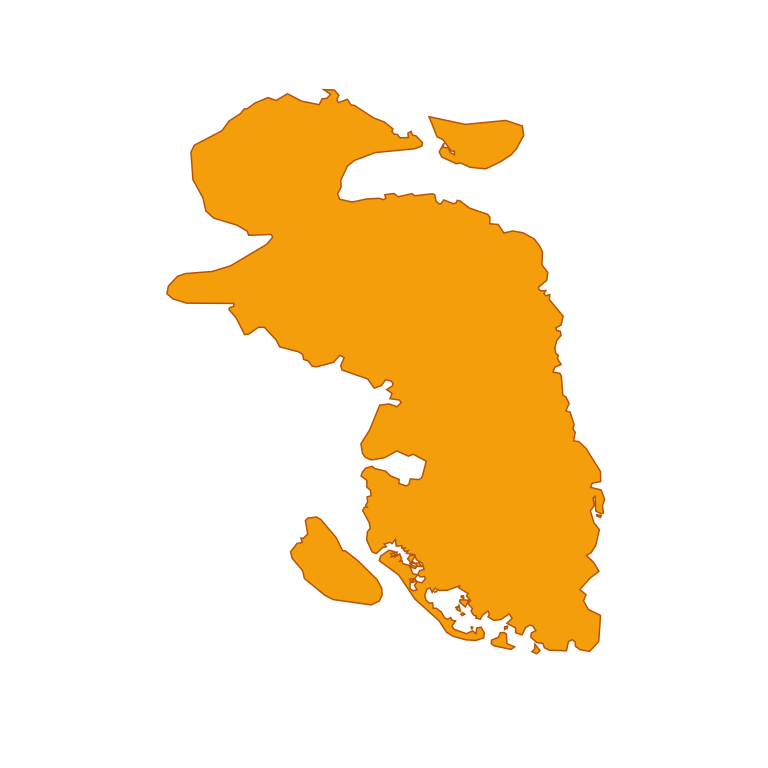 Temotu-Nende, Temotu, Solomon Islands (Natural Earth projection), rotated 78°
{"feature_id": "97153195B91208568213874", "entity_name": "Temotu-Nende", "entity_type": "district", "adm_level": 2, "iso_a3": "SLB", "parent_name": "Solomon Islands", "parent_adm1": "Temotu", "projection": "natural_earth1", "projection_center": [165.974, -10.758], "detail": "fine", "context": "isolated", "style": "filled", "palette": "amber", "viewbox_px": 768, "rotation_deg": 78, "n_neighbors": 0, "source": "geoboundaries", "source_scale": "gbopen_adm2", "svg_char_len": 6169}
<svg xmlns="http://www.w3.org/2000/svg" viewBox="0 0 768 768"><g transform="rotate(78 384 384)"><path d="M688.3,238.4L680.5,227.5L655.4,220.3L646.9,231.1L637.5,233.9L632.2,230.2L625.7,235.1L616.6,222.7L612.0,212.7L602.0,216.1L593.8,221.6L592.1,216.6L586.3,210.7L571.3,203.6L563.5,207.5L551.0,208.5L546.7,203.7L538.9,203.2L537.7,200.9L552.3,203.3L556.2,198.4L555.7,196.1L548.7,195.7L542.9,192.2L532.8,193.6L528.1,203.4L524.3,200.9L524.5,192.3L514.7,190.4L488.7,199.9L480.8,205.5L479.0,210.4L470.9,207.0L467.3,208.5L463.1,206.5L450.3,207.8L448.0,211.6L441.5,207.0L434.6,208.7L432.2,211.4L413.2,208.9L410.1,209.8L407.5,216.2L403.1,213.4L401.7,206.6L395.5,209.1L392.3,207.5L389.7,209.6L384.4,209.4L377.5,206.1L373.3,200.7L369.1,200.5L367.4,204.2L364.8,204.1L363.1,198.5L354.9,194.7L335.8,204.7L331.0,203.3L331.4,207.3L328.9,208.8L326.2,206.3L325.6,211.2L323.4,213.0L321.4,212.7L316.4,203.2L309.0,200.6L300.3,204.8L287.7,201.5L281.5,203.1L273.5,206.8L265.1,216.4L261.1,226.2L261.2,235.3L251.7,239.1L249.2,247.3L243.1,245.7L239.6,247.3L229.8,263.7L220.6,271.6L219.6,274.2L222.1,276.0L221.8,279.1L216.4,287.2L219.6,291.2L219.0,293.0L215.7,295.1L209.4,295.0L208.0,297.3L206.2,314.9L203.6,317.0L203.8,331.2L199.7,334.6L199.0,343.8L202.9,343.7L203.6,346.1L201.3,350.2L199.4,362.5L199.4,377.4L194.0,389.0L188.4,389.8L182.5,385.0L175.7,383.9L163.3,374.5L159.2,366.6L155.8,344.4L160.3,305.2L159.1,297.4L156.0,296.2L148.0,301.1L146.3,304.5L142.5,304.9L143.6,308.5L148.0,308.9L146.4,317.4L142.6,319.0L141.8,322.1L138.8,323.7L136.2,322.3L127.6,329.4L121.8,338.6L105.3,355.1L104.3,358.3L97.9,360.6L99.3,370.3L95.9,371.0L92.2,368.1L86.1,371.5L83.5,381.8L89.6,376.0L92.7,380.5L92.2,385.3L97.3,389.3L90.1,406.0L80.0,418.1L84.2,430.6L79.7,437.9L82.4,451.9L86.4,460.8L85.8,463.5L89.6,468.0L94.4,480.6L102.6,489.9L111.0,519.9L117.1,524.6L144.4,528.4L164.3,522.4L177.6,522.3L186.3,516.1L198.0,494.9L206.0,486.1L210.4,485.4L214.3,463.2L217.3,462.4L223.0,469.8L236.5,509.6L238.2,528.8L234.7,555.1L235.7,563.5L243.3,574.5L250.6,577.6L256.9,572.7L263.8,560.5L274.0,514.1L276.7,514.9L277.2,519.3L279.1,520.1L288.8,514.8L306.6,510.1L307.0,506.0L302.4,494.8L303.7,489.2L318.4,480.4L326.0,478.3L334.8,460.8L338.2,457.4L343.2,457.6L345.7,453.3L351.5,450.7L353.2,446.6L352.3,428.7L346.7,421.2L349.8,417.5L357.2,422.6L361.6,422.1L375.7,398.9L386.1,394.4L385.0,386.9L380.1,381.4L382.6,376.5L385.2,374.9L387.8,376.5L390.0,382.6L395.0,378.1L399.6,381.2L402.9,372.3L405.7,370.9L409.0,376.1L404.7,382.8L403.8,392.6L425.8,407.5L437.7,419.0L447.4,419.5L452.1,417.4L455.7,411.9L456.2,398.7L452.1,385.3L459.7,375.1L458.8,370.0L468.3,358.7L483.4,366.3L484.8,369.7L482.3,378.0L487.3,380.5L488.4,383.4L484.4,390.1L480.5,389.0L475.2,396.8L469.6,400.5L464.6,411.0L462.1,412.5L462.5,419.4L465.7,423.5L469.2,425.6L474.7,420.8L481.1,422.3L485.4,419.3L490.7,420.0L490.9,424.0L496.0,424.6L499.1,427.2L500.9,426.0L500.6,429.0L503.3,431.2L516.5,427.3L522.2,427.4L525.0,430.9L532.8,433.4L545.6,430.6L548.3,426.9L543.7,419.3L543.6,415.5L540.5,417.1L540.3,410.6L541.8,409.4L538.3,405.0L545.1,405.8L545.9,400.0L548.1,400.9L548.8,397.7L549.9,399.5L552.2,398.4L552.0,395.0L554.2,397.3L557.4,389.4L562.4,388.9L567.2,383.8L573.6,383.3L574.0,388.0L577.5,390.5L580.1,388.8L580.9,384.4L583.0,384.0L586.4,388.3L584.4,392.4L587.2,396.1L592.2,394.6L592.4,398.4L589.5,401.1L583.8,399.8L583.9,392.8L581.4,394.1L582.7,398.8L580.3,399.6L580.8,394.5L577.5,390.8L575.8,395.1L566.8,397.0L563.5,403.0L560.6,403.1L560.7,405.4L558.6,403.1L553.5,404.0L555.7,409.6L554.2,410.0L554.9,413.8L553.4,411.5L551.2,412.6L551.7,410.2L550.0,408.8L547.6,413.5L551.5,422.9L555.8,425.4L573.7,409.4L601.0,398.3L627.0,379.4L639.9,374.4L645.1,368.9L651.3,357.0L653.9,347.7L653.1,339.3L648.2,337.6L641.9,339.7L642.0,344.1L647.4,345.9L643.9,348.6L645.4,355.2L638.5,366.4L635.0,367.9L630.6,363.2L629.5,366.3L626.3,367.3L627.4,370.6L625.2,373.4L619.0,375.3L614.2,379.5L613.5,382.5L608.1,382.0L607.7,385.5L604.1,387.8L599.4,388.1L593.7,384.8L592.9,381.3L597.9,380.2L594.4,376.5L597.4,372.8L598.9,365.2L597.2,351.9L598.8,353.2L606.5,345.3L608.4,347.4L613.9,344.3L616.2,347.6L622.2,344.2L624.0,346.1L628.6,344.5L630.3,341.8L632.1,342.9L634.1,338.6L630.6,335.7L627.7,329.5L631.0,328.8L633.4,330.7L638.0,325.7L638.7,318.6L634.9,309.4L639.8,307.4L643.6,313.6L649.9,306.0L654.6,307.0L658.1,301.2L651.7,296.1L650.1,291.5L651.6,288.9L656.7,286.7L658.2,291.6L662.2,293.1L668.7,288.2L670.8,282.5L675.2,282.0L678.7,277.8L682.9,261.0L674.5,257.2L673.2,253.0L676.0,250.6L680.3,251.3L684.8,247.2L688.3,238.4ZM597.4,442.5L595.3,433.7L590.0,429.7L583.3,428.7L573.6,431.6L551.3,446.4L539.2,456.5L538.5,459.1L524.1,462.8L503.1,474.2L500.0,477.9L499.3,486.4L501.3,489.3L515.0,489.9L518.3,495.2L517.4,497.2L522.0,496.9L521.9,502.2L528.6,510.2L535.4,510.1L549.7,502.4L557.7,502.3L578.3,485.8L584.3,478.5L597.4,442.5ZM194.7,239.8L191.0,224.3L186.3,212.1L181.7,205.8L169.9,195.7L160.4,195.0L151.5,210.2L147.0,250.4L131.9,284.4L153.2,280.7L157.3,275.4L169.9,269.9L171.2,266.8L174.6,267.3L171.4,271.0L166.3,272.1L164.9,277.0L160.7,275.1L168.4,281.7L174.0,280.3L183.6,267.5L183.6,263.2L189.9,254.8L194.7,239.8ZM670.0,314.9L668.3,310.9L663.5,317.8L653.9,316.2L652.0,318.3L651.5,321.9L655.5,324.7L656.9,332.0L660.3,333.1L663.1,330.7L670.0,314.9ZM679.6,290.7L677.3,286.8L669.7,290.5L674.6,291.7L676.6,295.0L679.6,290.7ZM619.0,350.8L613.1,346.1L610.8,354.5L612.9,355.4L619.0,350.8ZM564.5,394.8L559.0,389.6L557.7,390.0L557.1,394.2L560.0,397.3L564.5,394.8ZM571.0,391.6L569.8,390.5L565.5,395.9L569.4,395.1L571.0,391.6ZM570.5,384.8L566.1,387.0L566.0,391.2L569.3,389.2L570.5,384.8ZM619.7,359.9L622.4,356.4L616.1,356.7L619.7,359.9ZM649.2,317.1L648.5,314.1L646.6,313.5L646.4,316.5L649.2,317.1ZM554.1,409.4L553.2,406.8L551.1,406.1L550.7,409.3L554.1,409.4ZM559.6,200.1L557.9,198.9L556.0,203.1L557.4,203.3L559.6,200.1ZM626.8,355.7L626.0,352.8L624.2,354.3L625.2,356.8L626.8,355.7ZM564.8,394.8L565.6,391.1L563.6,392.9L564.8,394.8ZM610.6,350.6L607.7,350.3L607.2,352.3L608.7,352.9L610.6,350.6ZM617.6,361.0L617.9,358.5L617.1,358.7L617.6,361.0ZM641.9,348.9L640.4,347.7L639.7,348.9L640.1,349.5L641.9,348.9ZM598.2,378.4L598.0,375.6L597.3,375.4L598.2,378.4Z" fill="#f59e0b" stroke="#b45309" stroke-width="1.5"/></g></svg>